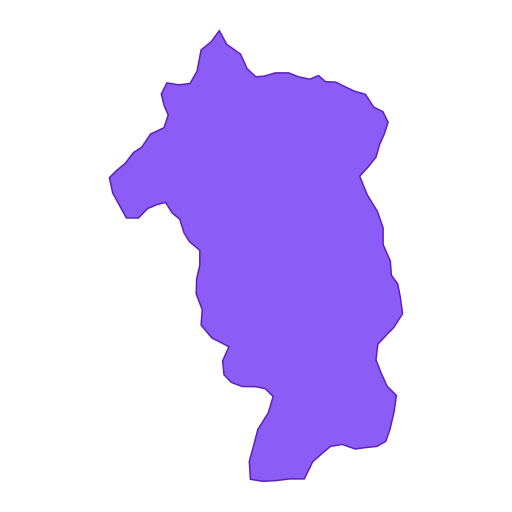 the district of Rodeiro, Minas Gerais, Brazil
{"feature_id": "56859067B62126543827478", "entity_name": "Rodeiro", "entity_type": "district", "adm_level": 2, "iso_a3": "BRA", "parent_name": "Brazil", "parent_adm1": "Minas Gerais", "projection": "equal_earth", "projection_center": [-42.844, -21.213], "detail": "fine", "context": "isolated", "style": "filled", "palette": "violet", "viewbox_px": 512, "rotation_deg": 0, "n_neighbors": 0, "source": "geoboundaries", "source_scale": "gbopen_adm2", "svg_char_len": 1333}
<svg xmlns="http://www.w3.org/2000/svg" viewBox="0 0 512 512"><path d="M365.3,447.6L376.9,446.4L385.8,441.3L389.9,429.6L394.1,411.7L396.4,395.5L387.0,386.0L381.1,372.9L376.0,360.0L377.8,344.3L386.3,335.1L393.7,327.6L402.6,313.7L400.2,296.5L397.7,283.9L391.4,275.2L390.3,260.9L383.1,244.6L383.1,227.9L377.5,211.6L367.3,194.9L359.7,176.2L368.1,167.0L376.0,157.1L379.6,144.5L384.3,134.0L388.1,122.2L382.9,111.7L373.7,107.1L365.4,94.3L354.2,91.1L344.6,86.5L335.7,82.1L325.6,81.7L318.5,75.6L309.7,79.2L298.5,76.8L288.7,72.9L275.3,72.9L264.3,76.1L255.8,76.8L247.1,68.6L240.6,54.2L226.7,44.3L219.3,30.7L211.0,41.9L201.1,49.9L197.1,71.0L190.0,83.6L178.5,84.8L166.9,82.9L161.3,94.0L164.0,105.2L168.2,115.1L164.0,127.7L150.6,134.0L141.8,147.1L133.5,152.5L125.2,163.4L116.3,170.7L109.4,177.7L112.7,193.0L119.2,204.9L126.4,218.0L138.5,218.0L147.4,208.7L156.1,204.9L165.5,202.4L172.3,213.1L179.7,219.2L184.1,233.0L189.5,241.7L199.8,250.4L199.8,265.2L196.6,279.1L196.2,293.9L202.2,309.6L201.1,325.1L211.9,338.0L228.9,346.7L222.6,361.0L224.0,374.8L231.3,382.4L242.1,386.5L256.0,386.7L265.2,388.7L273.2,396.4L268.3,412.7L257.8,429.6L253.1,447.6L249.3,461.2L250.4,479.3L262.9,481.3L275.9,480.6L289.8,478.9L304.3,478.9L312.6,461.9L322.3,453.2L330.5,446.4L342.2,444.4L355.2,449.0L365.3,447.6Z" fill="#8b5cf6" stroke="#5b21b6" stroke-width="1.5"/></svg>